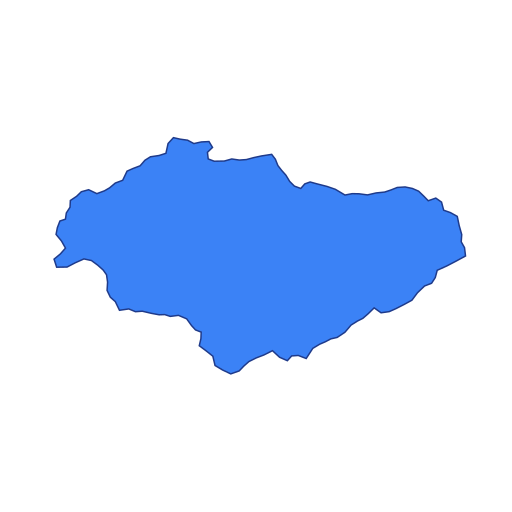 Caranaíba, Minas Gerais, Brazil, rotated 21°
{"feature_id": "56859067B65666825780271", "entity_name": "Caranaíba", "entity_type": "district", "adm_level": 2, "iso_a3": "BRA", "parent_name": "Brazil", "parent_adm1": "Minas Gerais", "projection": "albers", "projection_center": [-43.724, -20.893], "detail": "fine", "context": "isolated", "style": "filled", "palette": "blue", "viewbox_px": 512, "rotation_deg": 21, "n_neighbors": 0, "source": "geoboundaries", "source_scale": "gbopen_adm2", "svg_char_len": 1900}
<svg xmlns="http://www.w3.org/2000/svg" viewBox="0 0 512 512"><g transform="rotate(21 256 256)"><path d="M451.6,180.9L447.7,173.5L442.5,169.2L440.4,162.3L434.8,154.8L429.7,146.9L422.0,145.8L414.8,146.0L409.9,139.2L403.1,137.5L397.0,142.7L391.2,140.0L384.6,137.2L377.8,136.9L370.5,138.1L363.3,141.4L358.3,146.0L353.2,150.2L345.5,154.1L338.2,159.0L329.9,161.0L323.5,163.3L317.2,167.2L306.2,165.3L297.3,165.6L287.0,166.8L280.0,167.5L275.7,171.2L273.6,176.9L266.8,177.0L260.7,174.3L254.9,169.8L249.1,166.8L244.0,163.7L239.4,158.7L234.2,155.5L225.3,160.6L218.7,164.9L212.5,169.4L206.1,172.4L198.6,174.1L192.4,178.7L183.0,182.5L176.6,182.5L173.5,176.6L176.5,170.2L171.1,166.0L164.1,169.1L157.7,173.3L150.6,172.4L143.3,174.1L136.5,175.1L133.6,182.5L135.1,192.4L129.5,196.9L121.9,201.2L118.0,206.4L115.5,213.3L109.8,218.4L105.2,223.0L104.4,233.1L98.5,238.3L94.9,244.8L91.2,249.4L85.1,254.8L76.0,254.1L69.9,258.6L67.1,264.6L62.8,270.7L64.9,277.1L63.5,283.8L64.9,289.9L60.4,293.6L60.4,300.7L61.6,307.5L69.0,311.7L75.3,316.9L72.6,324.2L68.6,331.3L73.9,337.9L83.6,334.0L89.7,327.1L96.4,320.4L104.0,319.2L111.6,321.3L118.4,323.9L123.2,327.1L126.8,333.6L129.3,341.5L134.8,346.7L141.0,349.0L148.0,355.6L156.2,351.0L163.4,351.2L169.6,348.3L179.0,347.0L186.6,345.6L191.8,343.4L197.6,343.1L204.9,339.2L213.8,339.5L220.8,344.1L226.0,346.7L232.1,346.7L234.2,352.9L235.2,360.1L243.0,362.3L251.6,365.0L257.0,372.9L265.6,374.4L274.7,375.1L281.5,369.3L284.1,363.1L287.2,357.1L292.8,351.0L298.8,345.6L305.3,338.5L314.3,342.1L322.8,342.5L325.1,336.5L331.1,333.7L339.6,333.7L342.1,321.9L347.0,315.6L351.6,311.1L355.5,306.6L361.0,302.9L366.4,295.2L369.5,286.4L374.0,280.4L378.1,275.9L381.4,269.7L384.9,262.1L393.1,264.2L400.3,260.2L405.5,255.0L411.7,248.1L417.4,241.4L419.9,232.5L424.1,223.6L429.7,218.5L431.1,211.9L430.3,204.4L437.7,196.9L444.7,189.0L451.6,180.9Z" fill="#3b82f6" stroke="#1e3a8a" stroke-width="1.5"/></g></svg>